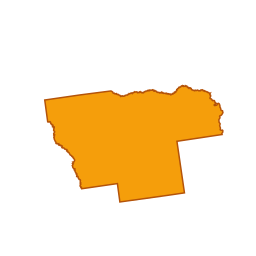 Zapala, Neuquén, Argentina, rotated 36°
{"feature_id": "61730980B1496247249680", "entity_name": "Zapala", "entity_type": "district", "adm_level": 2, "iso_a3": "ARG", "parent_name": "Argentina", "parent_adm1": "Neuquén", "projection": "albers", "projection_center": [-69.903, -38.894], "detail": "fine", "context": "isolated", "style": "filled", "palette": "amber", "viewbox_px": 256, "rotation_deg": 36, "n_neighbors": 0, "source": "geoboundaries", "source_scale": "gbopen_adm2", "svg_char_len": 5687}
<svg xmlns="http://www.w3.org/2000/svg" viewBox="0 0 256 256"><g transform="rotate(36 128 128)"><path d="M126.3,204.3L152.1,179.2L164.9,192.6L199.1,159.7L211.8,147.3L175.4,110.0L207.9,78.0L207.5,77.8L207.2,77.5L207.1,75.7L206.3,74.4L205.7,74.2L204.7,75.1L203.6,75.2L202.8,73.7L200.8,72.3L200.1,70.5L199.8,70.3L198.4,69.9L196.7,68.0L196.5,67.6L196.6,66.5L196.2,65.5L195.9,65.1L195.2,64.7L195.1,64.3L195.3,63.8L195.8,63.2L196.0,62.5L196.0,61.6L195.8,59.8L195.1,59.3L194.7,58.7L194.3,58.5L193.2,58.9L192.6,58.8L191.2,57.5L190.2,57.1L189.2,55.9L188.4,55.4L188.2,55.1L187.3,54.8L186.6,54.9L186.4,55.1L186.2,55.6L186.0,55.8L186.4,56.9L186.3,57.4L185.1,58.8L184.9,58.9L184.4,58.9L184.1,58.5L184.1,58.0L184.6,57.1L184.7,56.4L184.6,56.2L183.7,55.9L182.9,56.1L182.2,55.3L181.7,55.1L181.2,55.3L180.4,56.1L179.8,56.1L179.3,55.7L178.4,55.5L177.2,55.9L176.9,55.8L176.5,55.1L176.1,53.4L175.5,53.3L175.2,52.8L174.6,52.9L174.3,52.6L174.1,51.7L174.0,51.9L174.0,52.4L173.7,52.2L173.5,51.9L172.8,52.0L172.5,51.9L172.1,52.0L171.9,52.3L171.5,52.2L171.2,52.4L170.8,52.2L170.4,52.5L169.4,52.6L168.8,53.1L168.6,52.8L168.3,52.8L168.2,53.2L167.6,53.1L167.2,53.6L166.9,53.2L166.4,53.5L165.6,53.4L164.7,54.4L164.9,54.5L164.9,55.0L164.5,55.2L164.4,55.6L164.0,55.7L163.5,56.3L162.5,56.3L161.9,56.5L161.8,57.0L161.5,57.4L160.8,57.5L160.6,57.8L160.1,57.9L160.0,58.0L160.1,58.5L159.8,58.5L159.6,58.9L159.0,58.9L158.5,59.3L158.0,59.2L157.0,59.6L156.1,59.0L155.9,59.2L155.5,59.1L155.1,59.4L154.9,59.0L154.6,59.4L154.1,59.3L153.8,59.5L153.7,60.0L153.1,59.6L152.8,60.1L152.3,60.2L152.0,60.1L151.5,59.7L151.2,59.8L150.8,59.5L150.3,59.8L150.1,60.1L149.7,60.1L149.9,60.5L149.4,60.7L149.0,61.3L148.5,61.5L148.1,61.2L147.9,61.4L148.0,61.7L147.3,61.6L147.3,62.3L146.5,62.5L146.4,63.4L146.5,63.8L146.3,64.0L146.2,64.4L145.5,64.7L145.6,65.2L145.3,65.4L145.5,65.9L145.3,66.2L145.4,66.6L145.0,67.1L145.0,67.5L145.2,68.2L144.9,68.4L145.1,68.8L145.5,69.1L145.2,70.1L145.3,70.6L144.9,71.1L145.4,71.2L145.1,71.8L145.1,72.1L144.6,72.3L144.8,72.8L144.2,73.4L144.4,73.8L143.9,74.0L144.1,74.4L144.1,74.5L143.2,75.1L142.8,75.6L143.2,75.8L143.2,76.0L142.3,76.1L142.0,75.8L141.4,76.3L140.9,76.3L140.5,76.5L140.5,77.1L139.9,77.0L139.6,77.2L139.0,77.1L138.9,77.3L138.9,77.6L138.2,77.5L138.1,77.8L138.3,77.9L138.2,78.1L136.5,78.7L136.4,79.1L136.1,79.3L135.9,79.4L135.4,79.0L135.1,79.3L135.0,79.0L134.8,79.0L134.5,79.5L134.0,79.3L133.9,79.6L134.0,80.2L133.7,80.4L133.4,80.4L133.2,80.9L132.8,80.8L132.5,81.1L132.1,81.0L131.1,81.6L130.9,81.9L130.0,82.0L129.7,81.6L128.6,81.8L128.4,82.1L127.6,81.9L127.3,82.2L127.9,82.5L127.6,82.9L127.3,82.9L127.2,82.6L126.6,82.3L126.3,82.7L125.7,82.5L125.5,83.0L125.2,82.9L124.8,83.7L123.6,84.3L123.5,84.6L123.7,84.9L123.6,85.1L123.4,85.1L122.8,84.9L122.3,85.7L122.5,86.0L122.4,86.1L121.7,86.2L121.6,87.0L120.8,87.6L120.9,88.1L120.3,88.4L119.9,89.2L120.0,89.9L119.7,90.5L119.3,90.4L119.1,91.0L118.5,91.4L118.2,91.2L117.5,91.6L117.4,91.3L117.1,91.4L117.0,91.7L116.8,91.8L116.4,91.5L116.1,92.0L116.5,92.2L116.4,92.6L116.0,92.7L115.5,93.4L115.1,93.5L114.9,93.9L113.9,93.5L113.4,94.1L112.7,94.5L112.5,95.0L111.9,95.0L112.0,95.5L111.8,95.8L111.8,96.2L111.3,96.5L111.1,97.0L111.1,97.4L110.8,97.2L110.3,97.5L110.2,98.0L109.8,98.1L109.5,98.5L109.4,99.3L108.6,99.6L108.7,99.9L108.6,100.4L108.2,100.8L108.3,101.6L107.3,102.3L106.9,102.8L106.9,103.2L106.4,103.5L106.4,104.2L105.8,104.9L105.4,105.2L104.9,105.0L104.4,105.5L104.4,105.9L103.8,106.0L103.6,106.8L103.3,106.8L103.0,106.4L102.8,106.5L102.2,106.3L101.7,106.6L101.0,106.6L100.7,106.8L100.3,106.6L100.0,107.0L99.4,107.0L99.0,107.4L98.7,107.3L98.4,107.0L97.6,108.0L96.7,107.8L96.6,108.2L95.9,108.4L95.1,108.4L94.8,108.0L94.5,108.1L94.1,107.9L93.1,107.9L92.9,108.1L92.4,108.1L70.1,129.1L44.2,154.3L59.4,170.2L59.7,170.0L60.3,169.8L60.5,169.2L60.9,169.2L61.3,168.7L61.9,168.9L62.1,169.3L62.6,169.4L62.8,169.7L63.5,169.7L63.6,170.0L64.0,170.0L64.3,169.8L64.9,170.2L65.4,169.8L65.6,170.0L65.4,170.3L65.5,170.5L65.9,170.3L66.5,170.5L66.1,170.9L66.2,171.2L67.0,170.8L66.9,171.2L67.3,171.5L67.6,170.8L67.9,170.8L68.1,171.1L68.0,171.7L68.5,172.0L68.7,172.5L68.7,172.8L69.1,173.1L69.2,173.6L69.8,173.9L70.6,173.9L71.0,174.4L71.2,176.2L71.6,176.4L71.5,176.6L71.7,176.8L72.1,176.9L72.4,176.8L72.3,177.3L72.8,177.3L73.1,177.5L72.9,178.0L73.6,178.7L73.5,179.1L73.8,179.5L74.3,179.6L75.1,180.5L76.7,181.3L77.2,181.7L77.8,181.7L78.4,182.2L78.5,182.6L79.1,182.8L79.4,182.7L79.8,182.1L80.7,182.1L81.2,181.4L81.4,181.6L81.6,182.4L82.0,182.5L82.5,181.7L82.8,181.7L83.1,182.1L83.8,181.7L83.9,181.4L84.4,181.4L84.6,181.7L84.9,181.4L85.4,181.3L85.5,181.7L86.2,182.1L85.9,182.4L86.0,182.7L87.0,182.5L87.5,182.0L88.0,181.8L89.1,182.3L89.5,182.0L90.8,181.7L91.2,181.4L91.9,181.9L91.6,182.3L91.8,182.6L92.1,182.6L92.7,182.1L93.0,182.3L93.0,182.7L93.1,182.8L93.6,182.6L94.2,182.9L94.6,182.7L95.2,182.8L96.0,183.3L97.3,183.8L97.7,183.6L99.0,183.7L99.3,184.0L99.9,183.7L100.2,183.7L100.8,184.3L101.5,184.2L101.8,184.6L102.6,184.7L103.6,185.2L104.0,185.8L104.1,186.8L104.0,187.4L103.4,188.0L104.5,188.4L104.5,188.9L104.0,189.4L105.0,189.9L105.0,191.2L105.5,191.4L106.5,192.3L107.2,192.6L108.2,192.7L108.7,192.4L108.7,192.7L108.9,192.8L108.8,193.0L108.9,193.3L109.1,193.5L109.8,193.2L109.9,193.6L110.4,193.7L110.8,194.4L112.5,195.0L112.7,195.3L113.1,195.0L113.3,195.0L113.7,196.0L114.4,196.0L115.0,197.4L115.5,197.2L115.7,196.7L116.1,196.7L117.2,197.7L118.0,197.9L118.3,198.2L118.9,198.3L119.4,198.0L119.9,198.0L120.0,198.2L120.5,198.6L120.5,198.9L120.9,199.4L121.2,199.8L121.6,199.9L121.5,200.3L121.9,200.9L122.1,201.1L122.4,200.8L122.9,201.3L123.0,201.8L122.9,202.3L123.3,203.1L124.1,203.3L124.9,203.3L125.0,204.0L125.9,203.8L126.3,204.3Z" fill="#f59e0b" stroke="#b45309" stroke-width="1.5"/></g></svg>